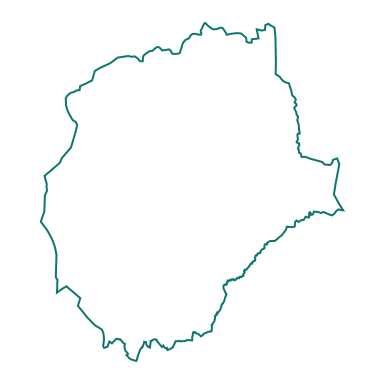 the district of Rogo, Kano, Nigeria
{"feature_id": "59680162B53174064204838", "entity_name": "Rogo", "entity_type": "district", "adm_level": 2, "iso_a3": "NGA", "parent_name": "Nigeria", "parent_adm1": "Kano", "projection": "equal_earth", "projection_center": [7.869, 11.51], "detail": "fine", "context": "isolated", "style": "outline", "palette": "teal", "viewbox_px": 384, "rotation_deg": 0, "n_neighbors": 0, "source": "geoboundaries", "source_scale": "gbopen_adm2", "svg_char_len": 5948}
<svg xmlns="http://www.w3.org/2000/svg" viewBox="0 0 384 384"><path d="M150.1,347.6L150.0,345.7L150.2,345.2L150.5,343.5L150.6,341.1L153.4,339.7L153.6,339.5L154.9,339.2L156.8,340.0L156.8,341.0L157.1,341.2L160.9,345.7L161.8,347.0L163.1,346.1L163.4,345.6L164.2,347.2L164.4,347.5L165.8,348.1L166.6,348.9L166.7,348.5L167.0,348.1L167.9,350.0L171.1,348.5L172.1,347.7L173.0,347.4L173.2,346.0L173.7,345.5L174.2,344.3L174.4,344.1L175.6,341.2L176.8,341.4L178.7,340.8L179.2,341.1L179.5,341.3L180.1,341.1L181.5,341.3L182.2,341.1L184.8,341.2L186.3,340.3L186.5,340.4L187.0,340.2L187.9,340.1L189.2,340.2L189.5,340.1L190.5,340.2L191.6,340.5L192.2,340.4L192.3,339.0L192.2,338.4L192.2,337.3L192.4,336.5L192.7,335.8L192.8,334.2L193.0,332.8L193.4,332.1L194.0,332.1L194.2,332.3L194.5,332.3L194.7,332.1L195.2,332.2L195.1,332.7L195.5,332.7L195.7,333.1L196.1,333.1L198.6,334.2L199.8,335.3L200.7,335.8L200.8,336.2L201.8,335.9L202.5,335.4L203.6,333.9L208.4,331.8L211.6,331.2L211.9,328.0L211.7,324.8L212.4,324.8L212.7,323.6L213.1,322.9L214.4,321.2L214.7,319.3L215.1,318.2L215.1,317.4L214.8,316.3L215.4,315.9L216.8,313.2L217.1,314.2L218.0,312.8L218.4,312.0L219.6,310.6L220.2,309.8L220.5,308.7L221.5,306.2L221.4,305.4L222.4,303.5L223.0,303.5L224.4,300.3L225.1,297.5L225.7,296.3L226.1,294.9L226.5,294.3L225.7,293.1L225.3,292.1L224.9,291.6L224.6,290.6L223.5,288.4L223.4,287.3L223.5,285.9L224.1,284.9L224.5,285.0L224.9,284.6L225.2,284.8L225.6,284.6L225.7,284.3L225.9,284.1L226.3,284.1L226.5,284.5L226.6,284.4L227.2,283.3L227.1,283.1L227.2,282.7L227.0,282.0L227.3,281.5L228.1,281.3L228.0,280.7L229.0,281.0L229.4,280.3L229.7,280.0L229.9,280.2L230.5,280.0L230.7,280.3L230.9,280.3L230.9,279.9L231.5,279.6L232.1,279.7L232.1,279.2L232.6,279.2L233.5,279.5L233.6,279.4L234.2,280.1L234.8,279.8L234.9,280.2L235.1,280.2L235.4,279.8L236.2,279.4L237.2,277.8L237.3,277.8L237.6,278.2L238.3,277.7L239.0,278.1L239.3,277.4L240.0,276.8L240.5,276.7L241.2,277.2L241.5,277.0L241.6,276.5L242.7,275.8L243.4,275.8L243.6,275.5L243.5,274.8L243.3,274.4L243.4,274.0L244.5,272.9L244.6,272.5L244.5,271.8L244.1,271.6L244.2,271.4L244.1,270.9L244.2,270.4L244.5,270.4L244.6,270.7L244.8,270.6L244.7,270.0L244.8,269.7L245.0,269.6L245.4,270.1L246.5,269.5L247.3,268.6L247.5,268.2L248.5,267.3L248.6,266.6L249.5,266.0L249.7,265.2L250.3,264.3L251.2,263.7L251.3,263.4L252.2,263.6L252.4,263.2L252.1,262.4L252.4,262.0L254.0,260.8L254.6,261.0L255.2,260.2L255.3,258.9L255.0,257.6L255.8,256.2L255.5,255.8L255.6,255.5L257.0,255.2L257.3,254.7L257.2,254.3L257.3,253.9L258.4,253.2L258.8,253.4L260.0,253.1L260.1,252.1L260.5,251.9L260.9,251.5L260.9,250.9L261.5,250.0L262.7,248.9L263.3,249.0L263.7,248.8L264.4,248.3L264.6,247.5L264.3,246.9L264.4,246.1L264.7,244.6L265.0,244.3L265.4,244.5L266.3,244.4L266.6,244.5L267.1,244.4L267.0,244.0L266.7,243.5L266.7,243.3L266.9,243.0L270.2,241.0L274.7,241.0L277.0,239.3L279.0,237.4L281.9,235.1L286.1,229.5L286.7,226.8L292.2,227.2L294.7,226.5L295.3,221.6L296.6,220.5L298.5,221.9L301.3,220.2L303.6,220.0L305.6,216.7L308.8,217.6L309.4,216.2L308.9,214.0L309.6,212.3L310.4,212.5L311.2,214.8L312.8,214.5L313.9,211.7L318.2,211.9L320.8,213.1L323.5,212.0L330.0,214.8L332.1,215.4L334.7,213.3L336.5,210.7L338.6,209.4L341.2,210.1L343.2,210.3L340.0,205.4L339.9,205.4L333.9,194.4L335.7,183.2L339.3,164.1L337.1,158.4L333.2,159.7L331.7,163.7L330.0,165.0L324.6,164.5L322.2,162.0L310.5,158.8L305.6,156.9L301.5,156.9L300.6,153.4L299.0,152.6L298.9,151.5L298.9,150.4L298.7,149.4L298.0,148.9L298.1,147.8L298.5,146.7L299.3,145.3L299.1,143.4L298.7,143.1L297.3,142.8L296.6,142.2L296.8,141.3L297.6,140.4L297.9,139.0L297.4,135.1L297.7,133.9L298.3,133.5L299.5,133.7L299.7,132.8L299.1,130.1L298.7,124.9L298.3,123.2L297.7,121.9L297.3,120.0L297.8,118.3L298.1,116.7L296.6,114.9L296.5,113.3L295.0,109.5L294.3,108.4L294.5,107.3L295.5,106.5L296.6,105.3L296.5,104.1L294.6,102.6L295.3,101.1L295.8,99.7L295.4,98.5L294.5,97.3L292.2,95.4L291.2,90.3L288.8,83.2L285.2,82.3L282.6,80.5L279.5,76.6L275.6,74.1L275.9,64.2L275.6,43.3L275.4,36.4L274.5,27.5L270.0,25.1L268.5,23.8L265.4,25.1L264.9,30.0L261.6,30.5L256.7,29.3L258.5,38.4L251.8,39.3L251.6,42.7L248.8,42.7L246.6,41.9L246.1,37.6L243.6,35.6L241.2,33.5L236.8,33.1L230.2,33.9L226.8,34.8L225.7,32.5L223.7,29.6L222.4,27.9L220.3,27.7L216.9,29.0L214.0,29.4L211.7,28.6L208.6,26.3L207.2,25.0L206.4,23.9L204.9,23.0L204.0,24.0L201.8,28.7L200.8,30.4L200.7,31.9L201.5,33.5L200.8,34.8L198.4,34.6L196.3,34.0L193.9,33.8L192.3,34.1L190.6,35.5L189.5,37.5L188.7,38.5L185.6,39.8L183.1,42.7L182.2,45.0L181.7,47.2L180.7,49.9L180.0,52.7L178.7,53.6L175.4,53.9L172.6,53.9L171.6,52.9L171.0,50.9L169.1,49.4L162.4,50.5L159.4,47.5L157.5,46.9L156.7,47.3L154.5,48.9L152.1,51.0L149.7,51.1L146.5,53.1L143.7,55.4L142.9,57.7L142.9,59.8L142.6,61.3L139.8,61.1L138.4,59.3L136.9,57.8L134.4,56.3L131.9,56.8L128.1,56.0L117.7,57.6L110.4,63.1L99.8,68.0L94.8,71.0L92.2,80.3L85.3,83.9L80.1,86.1L79.6,90.2L76.8,90.3L74.2,91.9L70.5,92.9L67.4,95.5L65.7,98.4L66.1,105.7L67.3,110.0L69.4,114.4L72.7,120.1L75.8,121.9L77.2,124.9L75.8,131.2L71.0,147.5L61.8,158.1L59.9,162.8L44.5,176.0L46.8,184.1L46.5,186.5L47.0,190.7L44.9,195.4L44.3,211.6L40.8,221.7L47.1,230.1L51.0,237.1L52.8,241.0L55.0,247.3L56.5,254.7L55.8,277.3L57.6,280.1L57.3,281.5L57.2,288.4L56.9,292.7L62.4,288.7L66.4,286.3L80.3,298.1L77.9,305.8L87.5,317.7L95.1,325.4L99.3,327.9L102.0,329.7L102.7,331.6L103.4,333.3L103.8,336.3L104.0,339.2L103.4,344.7L103.0,345.7L104.1,347.9L105.0,347.8L105.6,347.4L106.9,346.7L107.5,346.8L108.8,343.1L109.4,341.5L111.9,343.4L115.9,339.1L117.7,338.8L118.2,339.2L118.9,339.4L119.8,339.2L120.0,339.7L120.7,339.9L121.3,340.3L122.5,342.2L124.9,344.0L124.6,344.4L124.6,345.0L124.4,345.6L124.9,349.3L125.3,350.6L125.7,351.2L127.0,352.4L128.0,354.0L126.5,355.2L127.5,356.2L129.5,358.4L131.3,359.5L136.2,361.0L137.0,359.4L137.8,355.8L140.0,350.4L140.5,349.1L141.7,347.3L142.3,347.5L143.7,343.9L144.1,342.6L144.1,341.9L145.8,341.9L146.6,344.9L146.8,345.5L147.8,346.6L148.9,346.9L149.7,347.6L150.1,347.6Z" fill="none" stroke="#0f766e" stroke-width="2"/></svg>